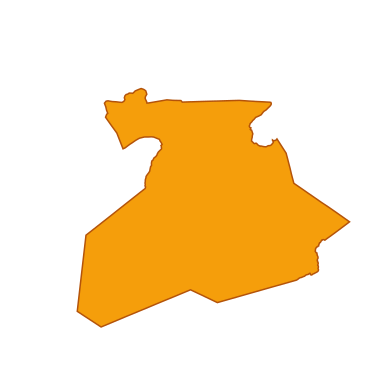 Bamako, Bamako, Mali, rotated 74°
{"feature_id": "8926073B70420899930674", "entity_name": "Bamako", "entity_type": "district", "adm_level": 2, "iso_a3": "MLI", "parent_name": "Mali", "parent_adm1": "Bamako", "projection": "mercator", "projection_center": [-7.996, 12.607], "detail": "fine", "context": "isolated", "style": "filled", "palette": "amber", "viewbox_px": 384, "rotation_deg": 74, "n_neighbors": 0, "source": "geoboundaries", "source_scale": "gbopen_adm2", "svg_char_len": 4011}
<svg xmlns="http://www.w3.org/2000/svg" viewBox="0 0 384 384"><g transform="rotate(74 192 192)"><path d="M282.4,89.6L282.0,89.4L281.6,89.2L280.9,89.1L280.6,88.8L280.1,88.5L279.8,87.8L279.4,87.5L279.3,87.4L279.2,86.2L278.8,85.8L278.6,85.4L278.7,85.1L277.8,84.7L277.3,84.5L277.0,84.0L276.6,83.9L275.9,83.3L276.0,82.6L274.9,81.5L274.7,81.3L274.4,80.9L274.1,80.7L274.3,80.3L273.9,79.8L273.9,79.4L274.0,78.7L274.2,78.3L274.9,77.6L274.8,77.4L274.8,77.2L273.9,74.9L272.1,69.8L269.9,63.9L264.1,48.8L251.5,58.9L245.5,63.8L237.7,70.4L230.1,76.6L225.0,80.8L219.7,85.1L211.7,91.7L206.7,91.6L202.1,91.5L196.3,91.2L191.7,91.1L184.8,90.9L182.8,90.9L180.7,90.8L164.4,95.7L164.9,96.4L165.3,97.1L165.4,97.6L165.3,98.1L165.3,98.3L165.3,98.9L165.1,99.3L164.9,99.8L164.2,100.3L164.5,100.4L165.8,100.1L166.3,100.0L166.8,100.2L168.4,102.5L168.7,103.2L168.9,104.0L168.5,105.9L168.6,106.6L168.9,107.7L168.9,108.6L168.5,109.6L168.1,110.7L167.8,111.1L167.7,111.4L166.7,113.2L166.7,113.6L166.8,113.8L166.5,114.1L165.5,115.2L165.0,115.6L163.0,116.6L162.7,117.2L162.7,118.5L162.6,118.8L162.4,118.9L162.3,119.1L160.4,120.1L159.4,120.7L159.2,120.6L157.5,120.0L156.3,119.2L154.3,118.4L152.9,117.5L150.5,117.6L148.9,117.7L148.6,118.1L148.5,118.5L147.7,118.7L147.5,118.4L147.1,118.0L146.4,117.7L146.1,118.2L145.7,118.7L144.4,118.8L143.5,118.0L142.3,117.3L141.6,116.2L141.0,115.1L140.1,114.1L139.3,112.4L139.1,112.1L137.8,110.2L137.4,106.9L136.8,104.1L135.4,102.4L135.3,102.1L134.9,101.7L134.2,100.4L133.5,98.0L132.3,95.9L131.3,94.0L130.7,92.9L129.8,91.9L129.1,91.5L128.4,91.4L127.6,91.5L127.1,92.5L124.8,99.1L122.4,106.2L122.0,107.2L120.8,110.7L117.0,121.2L115.2,128.2L112.9,137.3L111.6,142.4L110.6,146.2L106.7,161.5L105.2,167.5L104.8,168.8L104.7,169.4L102.9,176.6L101.1,177.4L101.0,177.5L98.7,184.9L96.5,190.7L94.4,209.6L94.1,210.8L92.6,210.7L90.5,211.1L88.8,211.2L87.3,210.3L86.6,209.6L85.6,208.5L83.9,208.5L81.9,208.6L80.3,209.9L79.7,210.6L78.5,212.4L78.7,214.8L79.0,217.3L79.2,218.8L80.1,220.3L80.8,221.8L80.3,222.9L79.6,225.1L80.2,227.0L80.1,228.4L81.0,229.9L82.8,231.1L84.7,231.0L86.0,232.4L86.6,234.5L85.8,236.7L84.4,240.0L83.1,243.7L82.2,245.6L81.2,247.6L81.0,249.5L82.5,251.7L86.5,251.4L89.6,251.6L93.2,251.3L93.5,252.0L93.7,252.5L93.9,252.7L96.3,254.5L100.9,252.9L105.8,251.2L108.8,250.1L114.6,248.0L120.0,247.5L131.5,246.4L131.1,244.0L129.9,241.0L128.9,238.3L128.3,236.2L127.1,232.7L126.8,231.8L126.1,229.0L125.8,227.6L126.0,222.6L127.3,217.9L127.7,216.0L128.5,214.0L128.6,213.7L132.4,208.8L134.3,208.6L135.3,208.2L136.8,207.8L138.2,207.7L138.7,209.0L139.4,208.9L140.1,209.0L140.6,209.2L141.2,209.1L142.2,209.5L144.2,213.2L145.6,214.7L146.9,215.6L148.0,217.1L148.8,219.2L150.7,220.9L150.9,221.8L152.1,222.6L153.3,223.1L155.3,223.6L156.2,224.8L156.8,225.1L157.3,225.4L160.3,226.9L161.5,228.2L162.9,230.1L164.3,231.8L165.7,232.4L167.0,233.3L168.5,233.9L169.3,234.1L170.4,234.7L171.5,234.8L172.1,234.9L173.1,235.5L173.3,235.5L173.6,235.4L174.3,235.2L175.7,236.0L177.9,241.4L189.2,268.9L191.4,274.2L204.3,305.8L242.8,321.8L275.1,335.2L296.7,316.6L293.5,289.5L290.7,264.8L289.9,258.2L288.8,248.6L287.6,237.6L285.6,220.4L291.4,213.8L294.6,210.1L295.8,208.8L305.3,198.1L305.4,142.4L305.5,115.7L305.0,114.1L304.5,113.0L304.4,112.7L304.3,112.4L304.2,111.7L304.3,110.8L304.3,110.3L304.2,109.6L304.0,108.0L304.0,107.8L304.0,107.2L303.3,105.4L303.1,104.9L303.2,103.8L303.3,103.5L303.3,103.2L303.2,103.0L303.0,102.4L302.7,101.7L302.6,101.0L303.1,100.8L303.9,100.9L304.1,100.9L304.5,100.5L304.7,100.0L304.7,99.7L304.5,99.0L304.2,98.4L304.1,97.8L304.1,97.2L304.0,96.8L303.9,96.4L303.8,96.1L303.7,95.3L303.5,94.7L303.4,94.1L303.3,93.7L303.2,93.3L302.9,92.8L302.6,92.4L302.4,92.2L301.4,91.8L300.6,91.9L300.2,91.9L299.7,91.6L299.3,91.3L298.1,91.0L297.8,91.0L297.1,91.4L296.7,91.3L296.3,90.8L295.0,90.2L293.9,90.6L293.2,90.2L292.6,90.6L291.9,90.3L291.3,90.0L290.5,89.3L290.2,89.0L289.2,88.9L288.7,88.8L287.2,89.1L286.5,88.9L285.6,89.0L285.2,88.7L284.3,89.6L283.7,89.6L282.8,89.9L282.4,89.6Z" fill="#f59e0b" stroke="#b45309" stroke-width="1.5"/></g></svg>